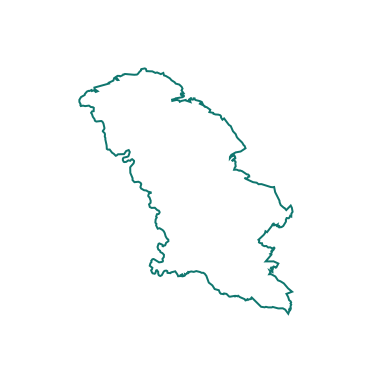 outline of Corcova, Mehedinti, Romania, rotated 209°
{"feature_id": "2599482B52479565944314", "entity_name": "Corcova", "entity_type": "district", "adm_level": 2, "iso_a3": "ROU", "parent_name": "Romania", "parent_adm1": "Mehedinti", "projection": "orthographic", "projection_center": [23.061, 44.685], "detail": "fine", "context": "isolated", "style": "outline", "palette": "teal", "viewbox_px": 384, "rotation_deg": 209, "n_neighbors": 0, "source": "geoboundaries", "source_scale": "gbopen_adm2", "svg_char_len": 6070}
<svg xmlns="http://www.w3.org/2000/svg" viewBox="0 0 384 384"><g transform="rotate(209 192 192)"><path d="M292.1,277.3L293.2,277.2L295.8,275.0L296.0,274.5L295.5,273.7L296.2,271.7L296.6,269.0L297.1,268.0L299.4,266.5L307.9,262.7L308.3,261.9L309.1,261.5L309.2,260.6L310.9,258.3L311.6,258.4L313.4,257.5L314.3,255.8L310.8,254.2L311.5,253.7L312.4,253.7L314.7,254.6L315.0,254.4L315.3,253.9L314.8,251.3L317.8,247.2L317.1,246.7L328.0,236.0L327.0,234.7L323.4,234.4L324.7,232.8L326.9,233.5L328.5,231.8L329.3,232.5L330.6,230.7L331.5,230.3L332.6,228.9L333.2,225.9L332.9,224.8L335.1,221.2L335.2,218.0L334.1,216.1L332.0,214.8L331.8,213.9L330.9,213.3L329.2,214.7L327.1,215.3L324.0,217.6L321.7,217.3L319.8,218.1L318.7,218.0L317.2,215.0L318.5,214.0L318.6,212.3L317.2,211.6L315.2,209.7L312.6,208.5L311.5,207.3L309.9,207.2L305.8,210.1L304.5,210.1L302.7,209.0L299.5,205.4L299.3,204.2L299.6,202.3L299.4,201.8L296.9,201.1L296.1,200.3L295.1,198.1L293.9,197.2L293.4,196.1L289.3,191.4L287.4,188.4L286.1,188.3L284.6,189.2L280.9,187.6L279.0,187.5L276.3,186.7L275.7,187.3L275.0,189.1L269.8,192.2L269.4,196.0L267.7,198.0L265.8,196.8L265.0,192.8L265.4,191.7L268.5,188.8L268.6,187.7L268.0,186.4L266.4,185.3L265.6,185.4L264.2,186.4L263.0,188.8L261.1,189.4L260.8,191.1L260.2,191.7L257.9,191.2L257.4,190.5L257.0,188.7L258.0,184.3L257.9,183.4L255.2,178.8L250.7,175.3L249.8,173.6L247.1,172.7L243.8,175.0L241.5,175.1L240.2,174.3L239.5,171.3L238.2,170.4L234.8,170.3L232.6,171.2L230.8,171.0L227.9,171.7L227.6,171.2L228.9,170.0L228.6,167.8L228.0,167.0L226.6,166.7L223.9,164.3L223.0,162.5L223.6,160.4L221.6,158.4L219.6,158.5L216.9,160.2L213.5,159.3L212.1,159.6L211.0,159.1L210.4,158.4L210.4,157.3L210.6,156.5L211.9,155.6L211.5,153.5L211.4,153.0L210.5,152.6L210.5,150.4L209.4,147.9L209.1,147.4L207.7,146.9L207.2,145.4L204.2,143.3L202.8,144.6L199.3,144.5L197.5,143.9L195.9,142.8L193.5,140.4L191.3,139.1L189.7,138.9L188.8,137.5L190.0,135.0L189.6,132.4L190.5,131.6L190.8,130.6L191.4,130.4L192.0,131.4L192.8,131.5L195.6,131.2L196.1,130.5L195.5,127.2L193.6,125.4L191.5,125.1L190.4,124.1L188.3,124.2L186.1,123.5L185.1,121.4L185.4,119.1L184.0,117.7L183.9,117.0L184.7,116.0L186.7,114.5L192.3,114.8L193.2,114.7L194.0,114.0L194.3,112.0L193.5,111.2L193.8,109.4L193.2,107.0L189.9,106.5L189.5,105.0L189.8,103.7L188.2,102.4L187.0,101.8L185.0,102.4L184.7,103.4L185.3,106.0L184.8,106.6L182.9,105.8L181.9,104.1L180.7,103.1L179.1,103.1L178.1,104.5L178.1,108.9L177.5,110.0L176.3,110.8L175.3,110.8L174.2,109.4L171.5,110.6L171.3,111.6L168.2,114.5L164.6,112.7L163.3,111.6L161.2,113.0L161.7,113.7L160.6,115.3L159.2,114.7L159.5,114.1L160.0,114.2L160.5,113.7L160.2,113.4L159.3,113.7L157.9,115.1L157.7,116.2L158.1,116.7L157.7,116.7L156.9,118.3L157.0,118.6L156.2,118.9L155.9,119.5L156.5,120.3L155.5,120.8L154.2,122.1L151.7,123.0L149.9,124.9L146.2,125.9L144.4,126.0L143.0,126.8L141.3,126.7L138.8,125.6L133.4,120.9L128.9,120.2L125.1,118.1L120.9,119.1L118.8,117.4L117.5,117.0L114.8,118.0L114.8,118.8L112.4,119.6L109.0,118.6L108.1,118.8L104.2,121.9L103.7,121.6L103.1,122.5L101.5,122.9L101.3,123.6L99.1,123.3L94.0,123.8L92.7,123.1L92.0,123.8L91.6,125.1L90.7,124.8L90.4,125.5L88.5,127.0L88.2,128.1L88.8,128.4L88.7,128.7L75.9,125.1L72.5,126.4L71.7,127.4L69.2,128.1L66.2,129.8L65.7,130.6L60.1,132.0L56.2,134.3L53.4,134.3L48.8,132.2L49.3,135.7L50.0,136.0L50.1,136.9L48.9,136.6L49.0,137.7L49.4,137.8L49.5,138.6L50.5,139.9L50.6,141.6L51.8,142.2L51.7,143.4L52.7,144.2L54.6,144.5L57.0,146.8L60.0,148.7L56.1,153.3L61.3,154.3L67.4,156.6L71.3,156.8L74.0,156.4L78.1,158.5L83.0,158.5L84.6,157.5L84.6,160.1L86.0,161.0L82.9,161.1L84.0,162.8L86.1,163.4L86.1,164.0L85.6,164.0L85.7,164.5L85.3,164.7L84.3,164.5L84.5,165.0L84.3,165.4L84.7,165.7L84.5,166.4L82.8,166.8L82.2,166.4L81.7,166.9L81.8,171.3L87.0,170.9L93.9,167.0L92.2,175.6L93.5,175.8L92.9,177.0L93.0,178.2L93.9,178.6L93.8,179.5L93.1,179.5L92.7,180.9L92.7,182.9L93.1,183.2L93.6,182.9L94.1,181.6L96.9,181.5L98.4,180.4L100.8,180.8L102.5,179.7L104.7,179.6L105.9,181.1L107.3,180.4L109.0,180.4L109.7,182.2L110.7,182.4L108.5,189.2L108.2,191.3L108.7,193.3L106.9,193.2L105.6,202.0L105.9,202.4L105.5,203.8L105.2,204.0L104.9,203.8L105.0,203.2L104.1,202.6L103.1,203.7L101.8,204.3L101.5,204.9L101.3,204.0L101.1,204.2L100.7,203.4L100.3,203.5L100.1,204.5L99.4,204.6L99.2,204.5L99.3,203.5L98.6,203.3L96.7,204.7L95.7,206.5L95.5,211.5L95.8,212.4L96.4,213.0L96.6,215.1L94.7,215.9L94.4,217.2L94.6,218.7L93.3,218.7L94.6,221.3L94.4,223.4L97.0,226.6L99.1,228.0L100.8,221.9L103.4,222.9L103.9,222.7L108.1,223.6L110.4,225.5L111.3,226.8L119.2,232.2L122.6,236.2L123.9,235.2L125.6,234.5L135.0,232.6L137.6,231.1L139.9,231.5L143.4,230.2L151.6,229.6L153.0,229.8L150.9,230.2L150.3,230.9L150.2,232.4L149.4,233.2L150.0,234.1L151.4,234.5L152.7,234.0L158.2,234.5L160.6,234.1L161.0,233.5L163.7,233.2L166.0,231.9L166.4,234.1L166.2,235.6L168.2,238.3L168.3,239.3L169.0,239.8L171.2,240.1L171.7,239.0L172.1,239.1L171.6,240.9L170.6,241.9L170.5,242.5L171.1,242.8L171.1,243.4L172.7,244.5L174.9,241.9L175.2,239.9L175.8,241.1L175.6,243.6L173.0,247.8L169.1,251.0L166.4,256.2L168.5,257.9L169.5,258.0L172.0,259.5L178.1,261.2L179.6,261.9L181.8,263.8L185.6,265.0L190.0,268.4L192.3,268.6L199.6,271.9L200.4,270.0L202.7,271.2L203.3,272.3L204.5,272.8L206.3,272.5L209.1,271.2L211.2,270.8L211.8,271.5L215.5,270.3L215.9,272.8L220.4,273.3L221.8,272.8L222.7,272.9L222.9,273.4L227.9,273.0L227.8,274.2L225.7,274.5L227.1,275.5L229.2,275.3L233.3,274.2L234.7,274.4L235.1,275.1L235.7,274.9L235.5,273.8L236.5,272.9L237.3,272.8L238.0,273.7L238.6,273.4L239.0,272.2L238.5,271.6L239.3,271.7L239.5,271.3L239.1,270.2L237.9,270.5L237.1,269.9L241.9,269.0L242.2,269.4L245.4,266.5L246.4,265.0L247.3,265.7L249.3,265.4L250.3,264.9L253.4,262.1L254.2,263.1L251.9,265.3L251.8,265.9L246.3,270.3L245.5,271.7L245.9,272.4L246.6,272.4L246.8,271.8L247.2,271.7L247.5,272.1L248.2,271.6L248.8,271.7L249.3,272.3L249.3,273.0L247.3,274.3L250.4,275.8L250.4,277.8L252.1,279.0L255.2,279.8L258.9,278.9L260.4,279.6L264.1,279.8L266.5,280.7L271.1,280.8L273.0,280.4L274.8,282.2L276.4,280.0L280.5,279.6L281.8,278.4L285.1,278.3L290.3,275.7L292.1,277.3Z" fill="none" stroke="#0f766e" stroke-width="2"/></g></svg>